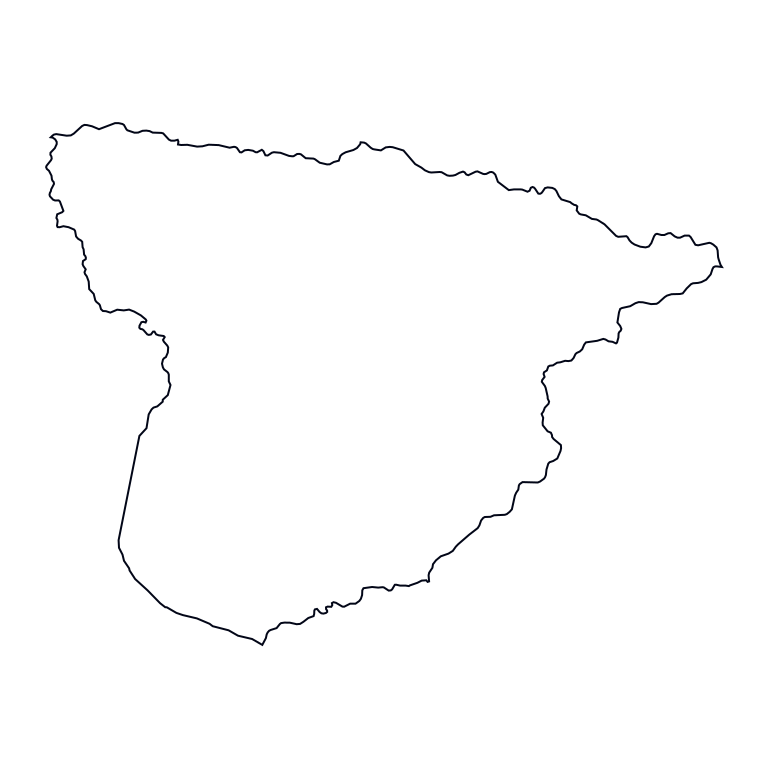 San Martín Jilotepeque, Chimaltenango, Guatemala
{"feature_id": "79465075B81292522353259", "entity_name": "San Martín Jilotepeque", "entity_type": "district", "adm_level": 2, "iso_a3": "GTM", "parent_name": "Guatemala", "parent_adm1": "Chimaltenango", "projection": "albers", "projection_center": [-90.767, 14.829], "detail": "fine", "context": "isolated", "style": "outline", "palette": "ink", "viewbox_px": 768, "rotation_deg": 0, "n_neighbors": 0, "source": "geoboundaries", "source_scale": "gbopen_adm2", "svg_char_len": 6050}
<svg xmlns="http://www.w3.org/2000/svg" viewBox="0 0 768 768"><path d="M408.9,586.1L409.9,585.4L417.4,582.8L421.7,580.6L426.3,580.3L427.6,581.9L429.1,581.4L428.6,575.2L429.2,572.6L432.4,567.8L433.0,564.2L436.0,560.3L440.8,556.3L448.5,553.6L452.8,550.9L455.8,546.7L458.1,544.3L469.3,534.6L477.7,528.1L479.4,525.4L481.1,520.5L483.2,517.9L484.8,517.0L490.5,516.8L494.0,515.3L504.8,514.8L506.8,514.1L509.7,511.8L511.9,509.3L514.9,495.6L516.2,492.7L518.3,489.6L518.9,485.4L519.7,484.1L522.5,482.1L537.8,482.5L540.1,481.5L544.1,478.6L545.1,477.1L545.9,475.0L546.5,469.5L548.3,463.6L549.6,462.2L553.2,461.0L557.3,458.5L560.5,451.0L561.1,448.2L560.9,445.1L553.6,439.0L552.1,437.0L552.0,435.2L550.9,432.7L547.6,431.3L542.8,425.3L542.6,422.6L543.2,417.8L541.6,414.0L543.4,411.4L544.8,407.7L548.5,403.8L549.1,401.6L547.7,398.6L547.6,396.4L545.7,388.0L544.9,386.0L541.8,381.8L542.2,380.0L544.6,376.9L543.6,374.0L544.0,372.3L546.9,370.4L548.3,366.5L549.8,365.7L552.9,365.4L557.1,362.7L560.3,362.3L565.1,360.8L568.5,361.1L571.4,360.5L573.6,358.0L575.4,354.2L576.6,353.0L579.8,351.5L582.2,349.3L584.2,344.6L585.9,342.4L597.2,340.8L603.3,338.9L605.5,339.5L608.5,341.3L612.5,341.8L616.0,343.4L617.0,342.6L618.4,337.6L618.6,333.4L619.3,332.0L620.7,330.7L621.4,328.9L620.2,326.0L617.4,322.5L619.0,312.4L620.2,308.9L622.0,308.0L630.2,306.2L635.4,303.2L638.7,302.1L642.9,302.3L651.1,304.1L656.6,303.8L658.6,302.6L664.7,297.1L667.0,295.6L671.6,294.2L679.9,294.0L682.7,293.4L686.7,288.4L691.1,284.1L693.0,283.3L698.1,282.9L701.4,282.1L706.2,279.7L710.7,274.4L712.5,269.0L713.5,267.2L715.2,266.4L716.9,266.4L721.9,267.0L720.5,264.8L718.6,259.2L718.1,257.2L717.6,250.4L716.5,247.4L713.3,244.6L710.9,243.2L709.3,242.8L698.1,245.3L695.4,244.8L690.6,237.0L689.0,235.6L684.6,235.6L680.0,237.7L677.6,237.7L674.7,236.4L670.6,233.1L668.2,233.3L664.4,235.0L661.4,235.0L657.0,233.8L655.5,234.3L654.1,236.2L651.3,243.2L648.8,246.5L645.6,247.4L640.3,246.7L634.5,244.5L631.6,242.6L629.5,240.4L627.6,237.2L626.4,236.2L618.2,236.8L616.1,235.9L604.5,224.3L598.0,220.2L596.5,219.5L591.9,218.9L585.8,215.3L580.8,214.4L579.2,213.7L576.7,210.4L577.3,206.4L575.9,205.2L574.2,204.9L571.6,203.3L570.2,202.1L561.4,199.4L558.9,196.2L556.4,191.0L554.8,189.1L552.3,187.9L547.7,187.4L545.0,188.1L542.4,191.9L541.4,193.1L540.0,193.8L538.3,193.6L535.0,188.6L533.9,187.5L532.5,187.0L530.8,187.8L529.6,190.7L527.5,191.7L522.3,189.6L520.7,189.4L514.0,189.4L508.8,190.1L497.9,181.8L495.3,174.6L493.3,172.6L491.7,172.0L489.9,172.1L486.3,173.9L484.5,174.1L483.1,173.9L477.5,171.4L475.6,171.7L468.3,175.2L466.3,174.5L464.6,172.3L463.0,171.6L459.4,172.8L455.4,175.0L452.9,175.6L449.5,175.8L447.2,175.4L441.6,172.2L439.6,172.0L431.3,172.5L428.9,172.1L424.9,170.3L421.4,167.6L415.2,164.1L403.5,150.5L392.7,147.2L389.7,146.9L385.7,147.4L380.9,150.4L374.4,149.4L372.7,149.0L370.7,147.7L365.9,143.4L364.1,142.6L360.6,142.3L360.2,144.2L357.0,148.0L353.4,150.0L345.6,152.3L342.3,154.1L340.4,155.9L338.8,160.7L333.8,162.0L329.7,164.3L327.0,164.4L319.7,162.7L314.9,159.2L313.5,158.6L305.7,158.2L300.9,154.3L299.3,153.9L297.1,154.0L293.6,156.2L292.3,156.3L289.0,155.9L280.5,152.8L273.9,152.2L271.9,152.7L267.7,155.5L265.4,155.3L263.4,151.1L261.8,149.8L257.1,152.3L255.6,152.2L252.9,150.7L248.2,149.9L244.7,150.3L241.5,152.4L239.9,152.2L237.0,148.0L235.6,147.1L234.0,146.8L229.6,147.7L218.7,145.1L208.7,144.7L202.4,146.3L197.1,146.6L187.3,144.8L181.2,145.0L178.0,144.5L178.4,141.5L177.7,139.8L174.3,140.7L171.1,140.7L168.9,139.6L163.2,133.4L161.4,132.9L152.7,132.6L149.6,131.1L146.3,130.6L142.5,130.8L138.1,132.6L134.5,132.7L127.4,130.3L126.4,129.3L124.0,125.0L122.5,124.0L118.5,123.1L115.1,123.1L99.0,129.2L92.1,126.3L87.1,125.1L84.4,124.9L82.1,126.0L73.8,133.6L70.8,135.4L66.7,135.7L56.2,134.1L53.9,134.6L52.4,135.7L50.8,137.3L52.7,137.6L55.2,139.4L56.7,141.9L56.7,144.1L54.8,148.2L50.5,152.7L50.4,154.8L51.4,156.4L51.7,158.7L51.0,160.2L46.6,165.7L46.1,167.1L46.8,168.9L49.0,170.8L51.5,175.7L51.9,179.2L52.4,180.6L53.7,182.1L54.0,183.9L51.2,189.3L50.8,191.3L49.9,192.9L49.5,194.8L50.0,196.4L53.1,199.7L55.1,200.5L58.7,200.4L59.9,201.5L63.4,210.9L62.2,212.2L57.2,214.3L56.4,218.0L57.4,219.7L57.6,221.4L57.0,225.8L57.6,227.1L59.7,227.2L63.4,226.2L68.6,227.2L74.2,229.6L75.1,231.0L76.1,236.5L78.1,238.8L81.0,240.5L82.2,241.8L82.6,247.2L83.6,249.3L84.1,254.6L85.4,256.2L85.9,257.8L85.7,259.2L83.0,261.0L82.6,264.2L83.4,266.1L85.7,269.3L84.5,272.2L85.0,273.9L86.8,276.4L88.7,281.6L89.2,289.1L93.7,293.9L95.3,300.4L96.4,301.9L99.2,304.2L99.9,305.3L101.0,309.2L102.9,311.0L106.0,311.2L110.3,312.6L117.2,309.7L123.8,310.4L129.1,309.6L134.2,311.6L140.9,315.4L145.8,319.5L146.4,320.7L145.6,322.5L143.2,321.8L141.4,322.2L139.5,325.7L139.3,327.7L140.4,328.9L142.4,329.3L143.5,330.1L147.3,334.4L148.8,334.9L150.9,334.5L153.1,331.6L154.5,331.6L156.1,334.3L158.6,335.3L163.7,336.0L164.7,337.1L163.0,339.9L163.8,341.6L167.3,345.6L168.2,347.4L167.8,352.6L165.9,357.1L164.2,358.1L163.0,359.5L162.0,363.7L162.9,367.4L164.0,369.4L167.5,372.1L168.3,373.2L168.8,374.7L168.8,381.4L170.5,385.0L167.8,395.1L162.8,399.7L162.7,401.7L157.3,406.4L153.5,407.6L151.6,409.4L148.7,414.4L146.5,428.2L139.4,435.9L118.6,540.2L119.0,547.8L122.5,554.6L124.0,560.8L129.1,568.3L129.6,570.5L135.1,579.0L147.6,590.4L160.1,603.2L165.2,607.2L166.8,607.3L176.4,612.9L182.9,615.1L196.9,618.4L209.6,623.8L212.7,626.2L228.6,630.3L238.0,635.7L252.1,639.0L262.3,644.9L265.9,638.1L266.7,634.4L267.7,632.4L269.1,630.8L270.6,630.0L276.6,628.1L279.9,624.0L281.1,623.1L284.4,622.6L289.9,622.7L296.7,624.2L300.1,623.9L303.4,621.8L308.3,618.0L313.6,616.1L314.2,613.9L314.3,610.7L314.9,609.4L317.0,608.9L319.6,612.0L321.4,613.3L323.4,613.6L325.9,613.0L327.2,611.9L327.1,610.5L326.1,609.2L326.0,607.3L327.6,606.6L331.3,606.8L332.3,605.1L331.9,603.1L333.5,602.2L336.0,602.8L342.4,606.6L344.2,606.7L350.1,603.7L355.5,603.7L359.3,601.0L360.9,598.8L362.1,595.1L362.3,590.3L363.5,588.2L372.1,587.0L378.2,587.6L382.5,587.2L383.8,587.4L388.7,590.6L390.8,590.4L392.1,589.4L394.8,584.8L396.1,584.7L400.1,585.6L405.6,585.6L408.9,586.1Z" fill="none" stroke="#020617" stroke-width="2"/></svg>